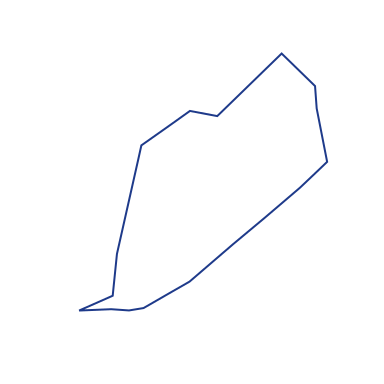 outline of F'Derick, Tiris Zemmour, Mauritania, rotated 231°
{"feature_id": "47542326B14226246765401", "entity_name": "F'Derick", "entity_type": "district", "adm_level": 2, "iso_a3": "MRT", "parent_name": "Mauritania", "parent_adm1": "Tiris Zemmour", "projection": "albers", "projection_center": [-12.824, 22.739], "detail": "fine", "context": "isolated", "style": "outline", "palette": "blue", "viewbox_px": 384, "rotation_deg": 231, "n_neighbors": 0, "source": "geoboundaries", "source_scale": "gbopen_adm2", "svg_char_len": 424}
<svg xmlns="http://www.w3.org/2000/svg" viewBox="0 0 384 384"><g transform="rotate(231 192 192)"><path d="M130.4,316.0L178.5,341.5L196.9,354.3L243.2,348.8L235.1,259.4L256.3,241.4L257.7,218.2L260.1,182.0L251.2,170.8L191.1,94.7L161.3,65.1L170.9,29.7L151.8,55.4L139.6,68.5L132.3,81.3L127.1,113.9L123.9,133.7L125.6,191.3L126.2,232.0L127.4,278.7L129.4,304.1L130.4,316.0Z" fill="none" stroke="#1e3a8a" stroke-width="2"/></g></svg>